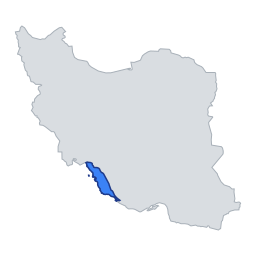 Bushehr on a map of Iran (Mercator projection)
{"feature_id": "IRN-3210", "entity_name": "Bushehr", "entity_type": "Province", "adm_level": 1, "iso_a3": "IRN", "parent_name": "Iran", "parent_adm1": "", "projection": "mercator", "projection_center": [51.169, 28.786], "detail": "fine", "context": "in_parent", "style": "filled", "palette": "blue", "viewbox_px": 256, "rotation_deg": 0, "n_neighbors": 0, "source": "natural_earth", "source_scale": "10m", "svg_char_len": 5753}
<svg xmlns="http://www.w3.org/2000/svg" viewBox="0 0 256 256"><path d="M130.9,62.2L134.2,62.4L140.1,60.4L140.6,59.9L142.4,55.8L144.5,54.0L148.1,51.8L150.4,51.0L158.5,51.3L159.1,49.7L160.4,48.8L169.2,49.3L170.6,50.6L171.1,52.9L178.4,55.0L179.9,55.7L181.7,57.5L183.2,57.9L185.1,57.1L186.3,57.7L188.2,57.2L193.9,59.8L194.6,62.4L195.7,63.5L196.9,64.6L201.4,66.6L202.8,67.8L206.0,72.5L215.1,72.5L215.7,73.5L215.6,75.5L216.2,80.4L215.5,82.1L216.7,83.7L216.5,86.7L217.0,88.8L215.9,91.7L214.9,92.3L215.5,94.8L214.5,97.3L214.6,98.2L213.2,100.3L213.1,101.1L210.5,103.0L212.4,105.8L209.5,106.0L207.7,109.0L208.2,112.5L207.7,114.4L208.0,115.4L208.7,116.1L212.6,116.8L212.7,117.3L208.6,122.4L208.8,124.4L211.7,134.7L211.2,139.9L211.6,145.1L221.4,146.7L222.5,148.0L223.2,150.9L223.2,153.1L222.9,154.2L211.9,167.4L217.4,173.9L217.7,175.3L221.0,181.7L224.1,184.9L229.5,186.7L232.0,189.0L234.2,188.9L234.0,192.1L234.9,198.8L234.2,201.8L236.1,202.5L239.0,202.0L240.1,202.6L240.6,203.7L239.9,204.3L240.0,206.9L239.2,207.5L238.9,209.9L234.6,210.0L230.5,211.1L229.0,212.0L228.2,213.7L226.9,213.6L226.4,214.2L223.5,215.5L222.5,220.4L221.4,221.6L220.6,228.7L219.9,228.8L218.5,230.0L209.8,227.7L208.9,226.0L208.0,225.7L206.7,227.3L202.3,226.4L200.8,226.7L199.9,226.2L197.5,226.1L195.7,225.1L190.9,225.9L188.0,224.2L184.9,223.7L181.0,223.7L177.9,222.4L176.3,222.9L175.5,222.0L170.9,221.1L169.4,217.9L169.3,216.3L168.2,213.6L167.8,209.5L166.8,206.6L164.8,204.2L159.5,202.7L156.7,203.5L154.6,204.8L151.2,205.6L148.6,208.3L147.0,208.1L140.8,211.8L139.5,211.8L134.8,209.3L132.7,208.8L128.5,208.9L126.2,207.3L125.6,206.1L120.0,203.5L116.6,201.1L115.6,198.9L114.1,197.2L110.8,195.9L108.9,194.5L103.8,194.0L100.1,190.4L100.1,189.3L98.0,185.4L97.6,182.5L97.1,181.8L95.3,180.6L95.0,179.8L95.4,178.0L93.1,176.9L92.7,176.0L92.8,173.2L87.2,166.5L86.0,162.8L85.0,162.6L80.0,165.1L78.5,163.7L74.1,161.3L73.5,160.4L74.6,159.9L75.7,160.4L76.4,159.9L76.1,159.1L75.0,158.6L73.5,158.6L73.9,159.4L72.5,160.1L72.2,161.0L72.6,163.8L72.0,164.6L69.7,165.1L68.2,166.0L66.9,164.9L66.5,162.9L65.7,161.6L64.5,161.1L63.5,159.8L62.0,159.1L61.9,152.0L58.1,151.9L58.1,146.4L59.8,141.0L56.1,136.1L54.5,132.3L53.5,131.6L51.6,131.7L45.1,126.6L42.9,125.3L39.8,124.9L39.4,123.1L40.2,121.1L38.7,118.5L38.2,117.8L37.0,117.5L37.0,115.8L35.4,115.9L32.3,111.4L31.4,110.7L33.1,107.3L31.9,104.5L32.6,102.1L34.2,102.2L34.7,99.0L37.5,95.7L40.0,94.3L40.3,93.3L39.8,91.5L38.2,89.3L38.4,87.4L38.9,86.5L41.5,85.5L41.7,85.1L40.4,84.4L35.8,84.4L33.3,82.1L31.0,81.6L29.6,76.6L29.2,76.0L28.1,75.9L27.4,75.0L27.0,71.7L25.4,70.2L24.0,65.3L23.9,64.1L24.4,63.0L21.8,60.9L21.5,57.6L22.0,56.8L19.0,54.4L17.7,54.3L17.6,53.9L19.5,48.7L20.3,47.6L18.6,46.8L18.6,44.2L18.1,42.1L18.3,40.1L17.1,38.6L16.8,37.7L17.2,35.4L16.0,34.3L15.4,31.9L19.6,31.2L20.4,27.5L21.9,26.0L24.6,27.8L28.4,33.8L30.7,35.5L32.4,37.5L40.4,39.6L42.2,38.9L44.9,39.0L48.4,35.4L50.0,34.9L54.1,31.2L59.2,27.8L61.8,27.3L65.6,31.6L63.4,32.9L63.0,34.0L63.3,35.0L65.0,36.1L65.2,37.3L64.6,37.9L62.4,38.6L61.8,39.8L64.2,41.7L65.4,43.4L66.7,43.8L68.7,46.4L72.0,46.1L72.6,52.3L74.5,57.4L77.9,59.6L86.7,61.3L87.7,62.3L89.1,65.1L91.4,67.1L98.3,71.0L105.8,72.9L110.8,72.8L129.2,68.3L130.9,68.3L128.2,69.4L129.2,69.9L131.6,69.9L132.1,69.5L132.2,68.7L130.9,62.2ZM157.5,206.4L156.4,207.9L154.8,209.3L153.5,208.9L148.6,210.8L147.2,210.7L147.1,210.1L152.5,207.8L152.8,207.2L152.5,206.0L154.2,206.5L156.2,205.6L157.8,205.3L158.6,206.0L157.5,206.4Z" fill="#d9dde1" stroke="#a8b0b8" stroke-width="1"/><path d="M116.5,201.1L115.6,200.7L115.3,200.4L115.3,200.2L115.6,199.9L115.9,199.9L116.1,199.9L116.3,199.9L116.5,199.7L116.4,199.4L116.2,199.3L115.7,199.1L115.5,198.8L115.3,198.4L115.2,198.2L114.3,197.3L113.9,197.0L113.5,196.8L111.4,196.4L111.0,196.2L109.6,194.9L109.2,194.6L108.7,194.4L108.1,194.3L107.3,194.4L107.1,194.3L106.9,194.2L106.5,194.2L106.0,194.3L105.3,194.5L104.9,194.4L103.8,194.2L103.7,194.2L103.6,193.9L103.2,193.7L102.7,193.6L102.4,193.3L102.2,192.9L101.9,192.7L101.8,193.0L101.5,193.1L101.3,192.3L101.1,191.9L100.9,191.5L100.5,190.7L100.3,190.6L100.0,190.3L100.0,190.0L100.2,189.3L100.2,189.0L100.0,188.6L99.6,188.2L99.4,188.0L99.0,187.4L98.6,187.0L98.5,186.9L97.8,185.1L97.7,184.7L97.7,183.0L97.6,182.4L97.3,181.9L97.0,181.6L96.6,181.3L96.1,181.2L95.7,181.2L95.4,181.1L95.2,180.7L94.7,180.0L94.6,179.8L94.5,179.4L94.6,179.1L94.8,178.9L95.0,179.0L95.3,179.2L95.5,179.4L95.6,179.7L95.7,179.4L95.6,179.2L96.0,178.9L96.0,178.7L96.1,178.4L96.1,178.1L95.9,177.9L95.7,178.0L95.6,177.6L95.4,177.4L95.2,177.4L95.1,177.5L95.1,177.4L95.1,177.2L94.7,176.9L93.8,177.0L93.6,177.0L93.3,177.2L93.0,177.2L92.7,177.0L92.6,176.6L92.6,176.3L92.6,176.1L92.7,175.9L92.8,175.7L93.0,175.4L93.2,175.6L93.2,175.1L93.1,174.9L92.9,174.6L93.0,174.3L93.0,173.8L92.9,173.2L92.8,172.9L92.7,172.6L92.5,172.3L92.3,172.2L92.3,172.6L92.2,172.4L91.9,171.9L91.3,171.4L91.2,171.2L90.9,170.8L90.5,170.4L89.8,170.1L89.7,170.0L89.6,169.7L89.5,169.4L89.2,169.1L88.9,168.6L88.3,167.7L88.0,167.2L87.8,167.0L87.3,166.8L86.9,166.3L86.8,166.2L86.8,165.8L86.8,165.7L87.0,165.6L86.9,165.5L86.8,165.4L86.9,164.9L86.6,164.2L86.7,163.8L86.5,163.7L86.3,163.4L86.2,163.2L86.1,162.9L85.9,162.7L86.5,162.3L87.7,162.1L88.4,162.4L90.2,162.5L91.6,163.0L92.0,163.3L92.2,163.5L92.2,164.2L92.5,165.2L93.1,165.7L93.8,167.2L94.5,167.5L97.1,167.6L98.7,168.2L99.5,169.0L100.1,170.5L100.9,171.8L101.7,172.6L102.6,172.9L103.6,173.9L108.9,183.8L109.2,185.0L110.9,189.8L111.2,190.3L111.7,190.5L112.1,190.7L112.9,191.8L114.5,195.3L116.1,197.2L117.6,198.6L119.9,200.3L119.4,200.6L119.2,200.7L118.7,200.6L118.1,200.5L117.9,200.5L117.2,200.6L116.8,200.7L116.7,200.7L116.5,201.1ZM88.8,175.2L89.0,175.3L89.0,175.6L89.1,175.9L89.0,176.1L88.9,176.1L88.7,175.7L88.6,175.4L88.6,175.2L88.8,175.2Z" fill="#3b82f6" stroke="#1e3a8a" stroke-width="1.5"/></svg>